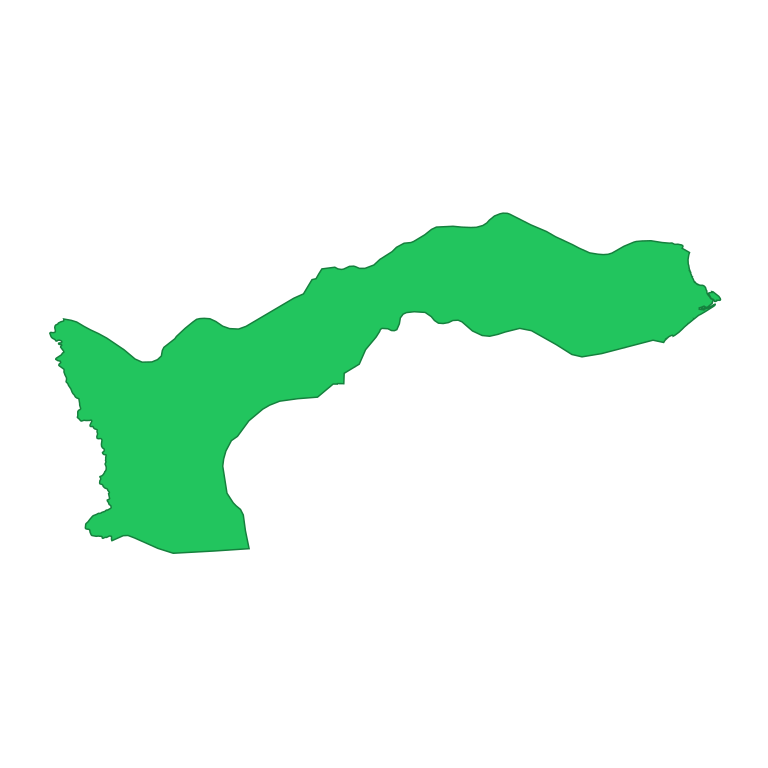 Katingan, Kalimantan Tengah, Indonesia (Robinson projection), rotated 271°
{"feature_id": "22746128B40819362853427", "entity_name": "Katingan", "entity_type": "district", "adm_level": 2, "iso_a3": "IDN", "parent_name": "Indonesia", "parent_adm1": "Kalimantan Tengah", "projection": "robinson", "projection_center": [113.294, -1.875], "detail": "fine", "context": "isolated", "style": "filled", "palette": "green", "viewbox_px": 768, "rotation_deg": 271, "n_neighbors": 0, "source": "geoboundaries", "source_scale": "gbopen_adm2", "svg_char_len": 6028}
<svg xmlns="http://www.w3.org/2000/svg" viewBox="0 0 768 768"><g transform="rotate(271 384 384)"><path d="M443.4,62.6L442.9,62.8L441.5,62.6L441.2,62.0L440.6,59.9L439.3,57.4L438.2,56.7L437.3,54.8L436.3,54.1L434.7,53.8L432.1,54.4L430.8,54.5L430.2,54.2L429.8,53.5L429.6,52.6L429.6,51.3L429.8,50.4L429.7,49.7L429.3,49.2L428.9,49.0L425.5,50.3L424.6,51.0L423.9,51.9L422.7,54.2L421.2,55.4L421.4,56.5L422.0,57.1L422.2,58.6L421.7,60.2L421.1,61.0L420.5,61.2L419.6,60.8L419.3,58.3L419.1,58.0L418.7,57.9L418.3,58.0L418.0,58.4L417.6,60.9L417.0,61.1L415.9,60.1L415.2,60.0L411.4,63.0L410.8,63.3L410.1,63.3L409.3,62.0L407.5,60.9L404.1,55.9L403.4,55.4L402.9,55.4L401.6,57.6L401.5,58.6L401.1,60.0L399.7,60.4L398.3,58.9L397.2,58.5L396.6,58.9L393.2,63.7L392.2,63.9L390.4,63.8L387.5,64.9L384.7,66.4L383.2,66.5L380.8,66.1L380.2,66.4L379.3,67.5L377.9,68.3L377.2,68.5L373.6,71.0L370.2,72.4L368.8,73.3L367.9,74.3L365.6,75.7L364.6,77.2L364.2,78.5L363.8,79.2L359.4,80.0L357.5,80.1L354.4,81.1L353.8,81.1L353.1,80.5L352.3,79.0L350.9,78.3L346.9,78.4L345.4,78.0L345.1,78.1L343.7,79.8L342.2,81.1L341.8,81.6L341.7,82.3L342.5,84.7L342.3,86.6L342.4,90.3L342.8,91.4L342.6,92.2L341.7,92.5L337.8,90.8L336.8,90.9L336.3,91.7L336.5,93.3L336.3,93.8L335.2,94.3L334.2,95.3L333.4,97.7L333.0,98.1L331.1,97.9L329.4,98.5L328.9,98.5L326.5,97.8L325.4,97.9L324.6,98.2L324.3,99.4L324.5,101.8L324.0,102.5L323.0,103.0L318.9,102.5L316.9,102.7L315.3,103.6L314.1,105.3L313.1,105.5L311.9,105.2L310.7,103.8L310.3,103.7L309.4,104.2L308.6,105.2L308.3,107.2L307.4,107.4L305.7,107.0L304.1,107.1L302.6,106.9L301.3,107.4L299.1,106.5L296.3,107.7L293.7,107.7L292.1,107.0L291.6,106.4L290.4,106.0L288.6,104.9L287.3,103.6L286.5,101.6L286.0,101.6L285.2,102.3L283.7,102.4L282.3,101.6L280.0,101.4L279.2,101.8L278.6,103.9L277.6,104.9L276.7,105.0L275.3,106.5L274.9,107.3L274.4,108.9L273.6,109.5L272.7,109.8L270.9,111.3L270.4,111.3L269.6,110.5L264.6,111.7L264.0,111.1L263.1,109.3L262.3,109.4L260.8,110.5L258.7,111.3L258.2,112.2L257.5,113.0L255.8,113.4L254.9,112.9L253.1,109.7L253.1,108.8L252.7,108.1L251.8,107.2L250.7,104.1L250.1,103.3L249.7,102.3L249.7,100.7L248.6,98.8L247.3,95.6L246.5,94.7L243.6,92.3L241.0,90.4L239.2,88.5L238.5,88.2L234.9,87.9L234.2,88.2L233.8,89.2L233.5,91.5L232.9,92.3L230.4,92.8L228.0,93.9L227.4,94.6L226.7,98.9L227.0,101.3L226.8,102.3L226.8,104.0L226.4,104.7L225.0,105.1L224.8,105.7L225.8,107.8L225.8,109.4L227.1,111.8L227.3,112.5L226.9,114.1L225.6,114.3L224.0,114.2L222.0,114.8L222.6,114.8L227.8,125.9L228.1,130.7L225.7,137.3L215.7,160.8L211.1,176.2L214.1,217.6L217.0,252.0L234.9,248.0L250.6,245.6L256.1,242.7L259.6,238.3L262.6,235.3L272.1,228.9L299.0,224.2L306.3,225.0L314.3,227.1L324.7,232.4L329.1,238.4L344.9,249.6L356.8,263.3L360.8,269.9L365.0,280.0L367.8,298.0L369.7,317.8L383.1,333.2L383.1,337.3L383.6,337.4L383.6,343.8L394.0,344.0L403.4,358.9L418.0,365.0L430.8,375.3L436.4,378.7L438.4,379.4L439.6,381.0L439.3,387.0L437.6,390.5L437.5,393.5L438.6,395.9L444.4,398.3L450.4,399.2L454.2,401.9L455.8,405.2L456.8,412.9L456.3,423.9L452.2,430.1L448.4,433.3L445.8,437.3L445.5,442.1L446.5,447.3L448.7,451.7L449.1,457.0L447.5,460.9L438.6,471.5L434.2,481.3L433.6,488.8L435.6,497.0L438.1,504.2L442.0,518.7L439.9,530.5L426.4,555.5L416.8,571.3L414.6,581.5L418.2,601.1L432.5,652.2L430.4,662.9L432.8,664.3L432.9,664.6L433.8,665.3L434.0,665.2L434.0,665.6L434.4,665.8L434.4,666.1L435.0,666.4L435.3,666.8L435.3,667.0L436.1,667.7L437.5,670.2L437.8,671.7L437.4,672.3L436.9,672.3L437.7,673.8L440.8,677.9L444.1,681.3L446.3,683.4L449.4,686.9L449.8,686.9L450.2,687.9L454.4,692.8L454.6,692.7L454.5,693.0L458.2,697.4L459.2,699.4L462.2,704.3L467.3,712.0L468.3,713.3L469.3,713.8L469.5,713.8L469.5,713.2L468.5,711.4L468.2,711.4L468.2,711.0L465.7,707.1L465.1,704.6L464.0,702.4L463.6,702.4L463.9,701.6L463.8,700.9L464.2,697.9L465.7,697.9L466.3,700.1L467.3,702.1L467.4,702.8L466.1,704.8L466.7,706.4L470.4,710.7L471.0,710.9L471.5,710.8L473.3,711.7L473.7,711.7L474.0,711.5L475.1,709.1L476.9,708.0L479.4,705.9L480.8,705.3L482.8,705.1L483.9,704.4L485.8,703.9L486.8,703.2L487.7,702.2L488.2,701.0L488.3,699.9L488.1,699.4L488.4,698.1L488.3,697.7L488.8,696.9L488.7,696.4L489.0,696.3L489.2,695.5L489.4,695.6L489.9,694.5L491.1,693.4L491.0,692.8L491.2,692.7L491.6,692.8L491.7,692.4L494.5,691.2L495.8,690.4L496.7,690.0L496.8,690.2L497.1,689.8L498.3,689.5L498.5,689.3L501.6,688.1L501.6,688.3L502.1,687.9L502.5,688.0L502.9,687.7L502.9,687.4L503.4,687.6L504.6,687.2L507.9,686.6L509.3,686.1L513.6,685.8L518.5,686.5L520.8,687.2L524.9,679.7L526.6,680.5L527.7,680.2L527.8,679.7L528.2,679.2L528.9,675.5L528.7,672.2L530.0,669.5L529.8,666.9L530.3,659.6L531.9,648.4L531.5,639.5L530.9,633.7L530.2,631.3L525.9,621.5L518.9,609.7L517.6,605.8L517.2,601.0L517.5,595.7L518.7,587.3L523.3,576.6L526.6,570.1L534.2,553.0L539.3,543.8L545.7,528.0L556.0,506.8L556.8,504.4L556.9,500.0L556.2,497.0L553.9,491.5L549.7,486.5L546.8,484.0L544.2,480.1L542.3,473.7L542.0,468.1L542.2,459.0L542.9,450.3L541.8,433.6L539.4,428.8L533.8,422.0L527.0,411.1L525.9,408.5L525.1,401.6L520.9,394.1L516.4,389.7L508.5,377.7L502.8,371.8L499.3,363.0L499.2,357.3L500.8,353.5L501.3,351.7L501.0,347.4L498.1,341.4L497.8,339.3L498.3,335.9L499.9,332.8L498.0,319.9L493.0,316.9L488.1,314.2L487.1,310.2L472.7,301.9L468.2,292.3L439.2,245.0L436.4,237.6L436.7,228.6L439.0,221.7L443.6,214.7L446.2,208.8L446.5,203.1L446.2,198.8L445.4,195.5L442.7,191.9L436.3,184.3L427.9,175.6L425.6,174.1L416.8,163.3L413.7,161.8L408.1,160.9L404.4,157.1L402.0,151.5L401.6,141.8L404.6,134.7L413.6,123.6L425.0,106.1L429.4,97.7L433.0,89.6L436.4,83.0L440.6,75.7L442.2,70.2L443.4,62.6ZM481.4,710.0L480.7,707.3L480.2,706.6L478.0,708.1L475.2,709.6L474.3,711.9L473.3,712.7L472.4,713.1L472.3,713.9L472.6,714.7L473.2,715.5L473.2,714.6L473.6,715.4L473.4,716.3L473.6,716.9L473.5,718.1L473.8,718.8L474.4,719.0L475.4,718.7L477.5,717.2L481.9,711.4L482.1,710.3L481.7,710.5L481.4,710.3L480.9,711.1L481.4,710.0ZM467.2,702.4L465.6,700.1L465.2,699.9L464.9,700.5L464.7,701.9L464.8,702.5L465.9,704.1L466.9,703.3L466.7,702.4L467.0,702.8L467.2,702.7L467.2,702.4Z" fill="#22c55e" stroke="#15803d" stroke-width="1.5"/></g></svg>